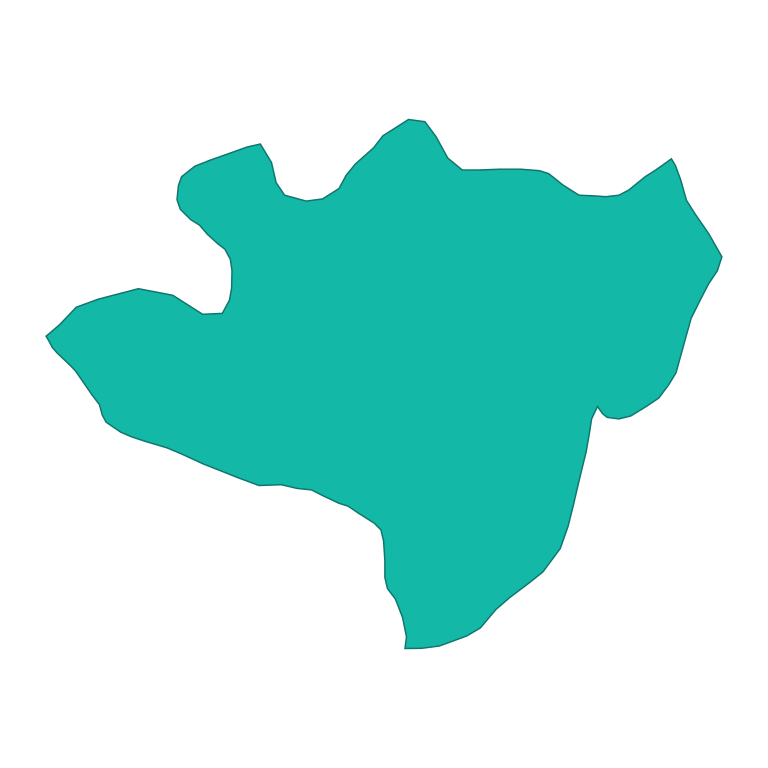 outline of Betong, Sarawak, Malaysia
{"feature_id": "92858781B57071016151850", "entity_name": "Betong", "entity_type": "district", "adm_level": 2, "iso_a3": "MYS", "parent_name": "Malaysia", "parent_adm1": "Sarawak", "projection": "robinson", "projection_center": [111.499, 1.495], "detail": "fine", "context": "isolated", "style": "filled", "palette": "teal", "viewbox_px": 768, "rotation_deg": 0, "n_neighbors": 0, "source": "geoboundaries", "source_scale": "gbopen_adm2", "svg_char_len": 1692}
<svg xmlns="http://www.w3.org/2000/svg" viewBox="0 0 768 768"><path d="M405.0,648.5L421.7,648.3L439.3,646.0L466.6,636.0L480.4,627.9L496.0,609.4L509.8,597.5L529.9,582.3L543.0,571.8L560.2,548.6L568.1,526.2L573.2,505.8L578.2,484.4L582.8,465.4L586.2,451.6L589.5,432.6L591.6,418.9L597.5,406.5L602.5,413.6L607.2,417.4L618.9,418.9L630.7,416.0L647.0,406.0L658.8,398.0L668.8,384.6L676.0,372.8L685.9,337.0L691.1,318.4L700.3,299.9L708.8,283.5L717.3,270.9L721.9,256.8L721.6,256.3L708.8,233.8L695.0,213.8L686.5,200.4L680.6,179.6L675.4,165.5L671.4,158.8L664.2,164.0L655.7,170.0L645.2,176.7L628.8,190.0L619.0,195.2L605.9,196.7L594.7,195.9L579.0,195.2L562.6,184.8L554.2,178.0L548.8,173.7L539.6,170.7L520.6,169.2L500.3,169.2L478.7,170.0L462.3,170.0L447.8,158.1L436.0,136.6L424.9,121.7L408.5,119.5L382.9,135.8L373.7,147.7L355.4,164.0L346.2,175.2L339.0,188.5L322.6,198.9L306.2,201.1L284.6,195.2L276.1,182.6L271.5,162.5L260.3,144.0L258.7,144.4L247.2,147.0L209.8,160.3L194.7,166.3L181.6,176.7L178.4,185.6L177.0,199.7L180.3,209.3L190.8,219.7L198.0,224.2L199.3,224.9L207.6,234.5L218.1,244.0L224.9,249.2L230.3,259.2L232.0,270.6L231.6,288.2L229.5,300.1L222.3,313.4L202.6,314.3L172.8,295.3L138.4,288.7L98.5,299.1L76.3,307.2L59.5,324.8L46.1,336.2L49.4,341.9L52.4,347.6L57.0,352.8L62.4,358.0L70.0,365.2L75.5,370.9L91.8,394.6L99.4,404.6L102.3,415.1L106.1,422.2L120.8,432.2L131.7,436.9L147.6,442.1L166.9,447.8L181.6,454.0L203.4,464.0L238.7,478.0L259.0,485.5L281.3,484.7L297.0,488.4L311.5,489.9L323.3,495.9L339.0,503.3L348.2,506.2L358.0,512.9L374.4,523.3L381.0,530.0L383.6,541.1L384.9,561.2L384.9,577.5L387.5,588.7L395.4,599.0L402.6,617.6L406.5,636.9L405.0,648.5Z" fill="#14b8a6" stroke="#0f766e" stroke-width="1.5"/></svg>